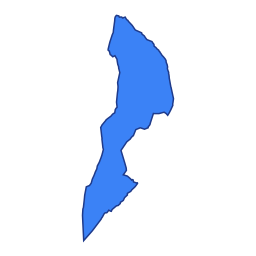 outline of Santa María Tlalixtac, Oaxaca, Mexico
{"feature_id": "50627088B20001539199633", "entity_name": "Santa María Tlalixtac", "entity_type": "district", "adm_level": 2, "iso_a3": "MEX", "parent_name": "Mexico", "parent_adm1": "Oaxaca", "projection": "equal_earth", "projection_center": [-96.736, 17.917], "detail": "fine", "context": "isolated", "style": "filled", "palette": "blue", "viewbox_px": 256, "rotation_deg": 0, "n_neighbors": 0, "source": "geoboundaries", "source_scale": "gbopen_adm2", "svg_char_len": 2609}
<svg xmlns="http://www.w3.org/2000/svg" viewBox="0 0 256 256"><path d="M116.4,15.4L115.9,16.0L115.6,16.4L115.4,16.7L115.2,17.0L114.9,18.2L114.6,21.5L113.5,29.7L113.3,31.8L113.4,32.1L112.2,34.9L109.8,42.3L108.1,49.3L108.2,50.3L109.3,51.1L110.2,54.6L111.0,55.1L112.8,56.8L114.9,55.7L117.0,59.3L117.1,60.5L117.7,64.1L117.8,64.5L118.7,67.0L118.6,67.9L119.8,72.6L117.6,82.7L118.0,86.0L118.0,87.4L117.8,90.5L117.5,92.4L117.3,94.2L116.5,102.1L117.0,106.2L117.0,107.5L116.3,108.0L115.3,109.5L114.7,112.9L113.9,113.3L113.3,113.6L112.3,114.5L111.0,116.1L106.3,119.6L105.5,120.8L102.0,125.0L101.4,126.3L100.7,127.4L101.7,136.2L101.7,136.4L102.1,138.4L101.9,138.8L102.9,147.6L102.9,147.8L103.4,149.3L102.9,151.3L102.5,152.9L101.9,155.1L101.1,157.5L99.3,162.2L97.3,166.0L96.8,168.9L95.4,171.8L94.1,175.3L92.3,179.2L91.2,183.2L89.5,185.5L86.3,186.8L84.7,195.2L84.2,200.4L83.4,207.5L82.9,209.0L82.5,215.3L83.7,240.6L92.4,230.7L101.0,219.3L101.1,219.2L101.3,218.7L101.9,217.6L102.3,217.2L103.8,214.4L104.2,213.7L104.6,213.3L105.3,212.8L106.5,212.8L106.8,212.7L107.4,212.1L108.8,210.2L110.4,211.1L111.3,211.3L112.1,209.5L113.3,208.5L115.3,206.8L116.5,205.8L118.1,205.5L120.2,203.6L120.5,202.2L121.6,201.6L123.3,200.4L124.6,197.6L127.4,195.0L127.3,194.0L127.4,193.4L128.3,192.8L130.7,191.4L131.5,190.3L131.8,189.8L134.2,187.6L135.2,186.6L137.5,183.5L137.5,183.1L137.3,182.8L136.3,182.9L133.5,181.9L133.1,179.9L132.3,179.6L131.7,180.1L130.4,178.7L127.4,176.1L123.3,174.8L126.4,170.4L126.2,168.0L124.9,163.4L121.0,150.4L126.8,141.8L130.3,139.0L130.3,138.9L131.4,137.4L132.7,136.0L133.3,135.8L135.8,129.6L140.2,127.8L141.6,128.2L144.5,129.2L148.1,127.8L148.3,126.6L149.4,125.5L150.0,124.4L150.5,122.5L153.4,113.5L153.8,113.6L158.9,113.6L164.1,112.2L166.1,113.5L167.7,115.3L169.2,112.9L170.8,109.8L172.8,105.4L172.7,103.7L172.9,103.1L173.5,98.7L171.2,88.1L171.1,87.5L170.9,87.2L169.2,77.8L169.2,77.1L169.1,76.1L168.9,74.6L168.6,73.6L168.7,72.8L168.5,71.9L168.0,70.7L167.5,69.1L167.4,68.6L167.4,67.9L167.6,67.2L167.5,66.3L167.3,65.6L167.2,64.8L167.0,64.4L166.4,62.8L166.1,61.9L166.1,60.8L165.8,60.1L165.2,59.0L163.6,57.0L162.0,55.3L160.8,53.4L160.1,52.5L159.7,51.6L159.4,51.4L158.9,50.8L158.6,50.1L157.1,49.0L156.3,48.0L155.8,47.4L154.2,46.3L153.9,44.3L153.3,43.5L153.2,43.5L152.0,41.6L146.9,39.6L145.4,37.7L144.3,35.9L142.0,34.1L141.6,32.8L135.3,30.0L132.2,25.4L129.3,22.3L128.4,21.4L127.9,20.4L127.0,19.9L126.1,18.8L125.9,18.4L125.2,17.1L123.9,17.5L122.9,18.0L122.4,17.9L121.8,17.1L121.1,17.0L120.6,17.0L119.6,17.2L119.3,17.1L118.8,15.9L117.8,15.7L116.7,15.4L116.4,15.4Z" fill="#3b82f6" stroke="#1e3a8a" stroke-width="1.5"/></svg>